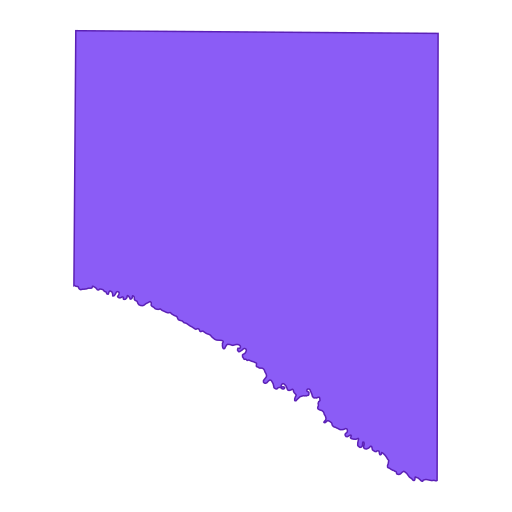 Caleu Caleu, La Pampa, Argentina
{"feature_id": "61730980B9086176864437", "entity_name": "Caleu Caleu", "entity_type": "district", "adm_level": 2, "iso_a3": "ARG", "parent_name": "Argentina", "parent_adm1": "La Pampa", "projection": "equal_earth", "projection_center": [-63.891, -38.789], "detail": "fine", "context": "isolated", "style": "filled", "palette": "violet", "viewbox_px": 512, "rotation_deg": 0, "n_neighbors": 0, "source": "geoboundaries", "source_scale": "gbopen_adm2", "svg_char_len": 6104}
<svg xmlns="http://www.w3.org/2000/svg" viewBox="0 0 512 512"><path d="M438.1,33.4L75.8,30.7L73.9,285.7L74.4,285.5L76.0,286.3L77.8,286.5L78.3,287.0L78.8,288.2L79.2,288.8L79.8,289.3L80.7,289.7L82.6,289.2L83.9,289.2L86.4,288.9L88.4,288.2L91.1,288.2L91.9,287.9L92.4,286.8L92.5,286.3L92.9,286.2L95.0,287.3L96.0,288.1L97.3,289.7L98.1,290.0L98.8,289.9L99.4,289.2L100.1,289.0L102.1,289.4L103.2,289.9L104.4,291.4L105.7,291.8L106.1,292.1L106.2,292.4L106.8,293.8L107.3,294.1L108.2,294.2L108.5,293.7L108.7,292.6L109.4,291.3L110.0,291.0L110.5,291.1L111.9,292.0L112.3,293.0L112.7,294.0L112.6,295.0L112.9,296.0L113.5,295.9L114.3,295.6L115.8,293.4L116.2,292.3L117.2,291.6L117.8,291.7L118.7,292.0L119.1,292.8L119.1,293.6L118.9,294.5L117.6,296.5L117.7,296.9L118.8,297.7L119.7,297.9L120.8,297.7L122.2,296.9L123.0,297.1L123.4,297.5L123.3,298.6L123.4,299.0L123.6,299.3L124.5,299.4L125.5,299.2L126.9,297.7L127.2,296.0L127.5,295.6L128.3,295.9L129.2,297.0L129.4,297.4L129.7,297.7L130.0,298.7L130.3,299.1L131.0,299.0L131.8,298.5L132.2,297.7L132.3,296.6L132.6,295.8L133.2,295.9L133.9,296.5L134.2,297.2L134.4,298.5L134.3,299.1L134.9,300.2L136.9,301.2L137.4,302.0L137.8,303.2L138.8,304.7L140.6,305.5L142.5,305.7L143.8,305.3L145.0,304.4L145.8,303.7L147.9,302.7L149.9,301.6L150.5,301.8L151.2,302.6L151.3,303.5L151.1,305.1L151.6,305.9L152.3,306.5L153.6,307.2L154.3,307.8L155.0,308.6L156.2,309.1L158.1,309.4L159.1,309.3L160.0,308.9L160.5,309.1L162.1,310.4L164.2,311.3L166.2,312.3L167.8,312.8L168.5,312.8L169.4,312.6L170.4,312.6L171.6,313.9L174.3,315.5L176.4,316.3L177.0,316.8L177.8,318.7L178.3,319.6L179.1,320.1L182.3,321.0L184.0,322.7L186.0,323.2L186.8,323.6L190.0,325.9L192.0,326.9L195.1,329.0L195.9,329.3L197.2,328.7L198.1,328.7L199.1,329.3L199.9,331.2L200.5,331.6L201.2,331.5L202.1,331.1L203.1,331.2L205.9,333.2L207.4,333.9L208.8,334.3L210.5,335.2L211.6,336.7L213.0,337.9L214.6,339.2L215.6,339.7L216.9,340.1L220.4,340.3L221.9,340.5L222.8,340.9L223.2,341.6L223.1,342.2L222.4,343.3L222.5,344.3L222.4,345.8L222.7,347.4L223.0,348.1L223.4,348.6L224.0,348.8L224.8,348.3L225.3,347.1L226.7,344.9L227.6,344.3L230.0,344.5L232.2,345.3L233.1,345.3L236.1,344.5L237.8,344.5L238.6,344.7L239.5,345.2L240.3,346.0L240.5,347.1L239.8,348.3L237.9,348.3L237.5,350.0L238.0,351.0L238.9,351.8L239.9,351.5L242.3,349.9L243.2,349.0L244.2,348.5L245.1,348.6L245.8,349.0L246.3,349.9L246.3,350.6L245.9,351.8L245.3,352.9L244.3,353.7L243.0,354.4L242.5,354.9L242.5,356.0L242.6,357.0L243.1,357.5L243.8,358.9L244.3,359.3L245.0,359.3L245.8,359.2L246.4,359.6L247.1,360.4L247.6,360.4L248.2,360.1L249.0,360.1L251.5,361.2L253.6,361.8L255.2,362.6L255.7,362.7L256.5,363.3L256.5,364.1L256.3,366.0L256.6,366.6L258.1,367.2L259.3,368.0L259.9,368.1L261.4,368.1L262.6,368.3L263.5,369.0L264.2,369.8L265.1,372.2L266.0,373.7L266.3,374.7L266.5,375.5L266.5,376.1L266.1,377.2L263.9,379.9L263.4,380.8L263.5,382.2L264.4,383.1L265.6,383.3L266.9,382.7L268.3,381.1L269.6,380.1L270.4,380.1L271.1,380.4L271.8,381.3L272.2,382.1L273.1,383.7L273.8,386.6L273.9,387.4L274.3,388.0L275.3,388.6L276.1,389.0L277.0,388.9L277.7,388.1L278.4,387.7L279.3,387.4L280.2,387.5L281.0,387.9L281.9,388.7L282.8,389.0L283.6,389.0L284.4,388.5L284.7,387.8L284.5,387.4L284.2,387.1L283.0,386.7L281.8,387.0L281.2,386.5L281.1,385.9L281.4,385.1L281.9,384.2L282.9,383.6L283.8,383.8L285.1,385.0L286.1,386.2L287.1,388.5L287.2,389.0L287.8,390.0L288.3,390.3L289.4,390.4L291.0,390.0L291.5,389.6L292.2,389.3L292.6,389.3L293.0,389.6L293.4,390.4L293.6,391.7L294.3,392.8L295.9,394.5L296.1,395.2L296.0,395.7L295.2,397.2L294.7,398.9L294.7,400.4L294.9,400.7L295.2,400.8L295.9,400.8L296.2,400.6L296.8,399.8L300.1,396.7L303.4,395.7L304.8,395.9L305.6,395.7L306.1,395.9L306.7,395.8L307.3,395.4L308.3,395.3L308.7,394.8L308.9,394.0L308.9,392.4L308.6,392.0L307.1,391.3L306.8,390.5L307.1,389.6L307.4,389.2L308.3,389.0L309.0,389.0L309.9,389.6L311.9,394.3L312.4,396.3L313.5,397.7L314.9,398.0L316.0,397.7L316.7,398.0L317.7,397.4L319.1,397.2L319.7,397.9L320.0,400.4L319.4,401.2L318.7,401.6L318.1,403.4L318.4,404.9L318.3,406.1L317.8,407.0L317.7,408.1L318.2,409.1L319.9,410.0L322.0,410.6L323.2,411.7L323.6,412.2L324.1,413.6L324.3,414.5L325.0,415.4L325.3,416.0L325.7,417.1L326.0,418.6L325.7,419.9L324.2,421.6L323.9,422.2L324.3,422.6L325.0,422.7L326.5,421.6L327.2,420.8L328.3,420.7L330.0,421.6L331.4,422.7L331.8,423.3L332.1,424.7L332.5,425.6L333.5,426.6L334.5,427.1L335.6,427.3L336.3,427.8L338.6,428.8L338.9,429.1L339.7,429.5L340.6,429.7L343.1,429.6L344.5,429.1L345.4,428.6L346.5,428.8L346.9,429.0L347.2,429.4L347.3,429.8L347.4,430.4L347.3,431.7L347.1,432.1L346.7,432.7L345.5,433.5L345.1,434.4L345.1,435.0L345.5,435.9L346.1,436.6L347.4,436.7L350.1,435.2L350.8,435.1L351.3,435.9L350.7,437.2L350.5,437.4L350.5,437.7L350.7,438.1L351.6,438.7L352.6,438.9L353.1,439.1L355.9,439.3L357.5,438.6L358.2,438.4L358.6,438.9L357.8,442.7L357.7,445.2L358.0,445.9L359.3,447.0L360.0,447.4L361.1,447.2L361.5,446.9L362.0,446.4L362.5,445.1L362.6,442.9L362.8,442.2L363.7,442.1L364.1,443.1L364.2,443.9L364.0,445.1L363.6,446.4L363.7,447.8L364.6,448.6L365.1,448.8L366.5,449.0L368.6,448.1L369.8,447.1L370.4,446.3L371.0,446.2L371.7,446.7L372.1,448.1L372.2,449.0L372.5,449.9L373.6,450.7L375.1,451.6L376.3,451.6L377.1,450.8L378.3,450.9L379.1,451.3L379.4,453.4L379.8,454.6L380.6,454.8L381.3,454.2L381.4,453.3L381.7,452.6L382.4,452.8L383.6,453.8L385.2,455.4L386.5,457.2L387.6,459.1L388.3,459.9L388.7,460.6L388.1,464.2L387.8,464.7L387.5,465.7L387.6,467.2L387.8,467.5L388.3,467.8L389.0,468.0L389.9,468.5L391.4,469.6L392.2,469.9L392.7,470.3L393.5,470.4L394.2,470.7L394.7,471.2L395.4,471.4L396.1,471.8L396.4,472.2L396.5,472.8L396.5,473.1L396.7,473.8L397.4,474.2L398.9,474.5L400.0,474.1L400.5,473.9L402.3,472.1L403.8,471.3L404.9,471.8L405.3,472.4L406.6,473.2L407.5,474.5L409.5,477.2L411.6,478.6L413.1,480.3L413.9,480.5L414.3,480.4L414.6,480.1L414.9,479.3L415.0,477.8L415.1,477.3L415.3,477.0L415.7,477.0L416.2,477.4L418.1,478.0L419.9,479.5L421.0,480.7L421.5,481.0L422.2,481.3L422.7,481.2L422.9,480.7L423.2,480.2L424.8,479.7L425.9,479.5L426.9,479.6L431.8,480.6L433.9,480.3L435.8,480.8L436.3,480.8L436.8,480.6L437.1,480.4L438.1,33.4Z" fill="#8b5cf6" stroke="#5b21b6" stroke-width="1.5"/></svg>